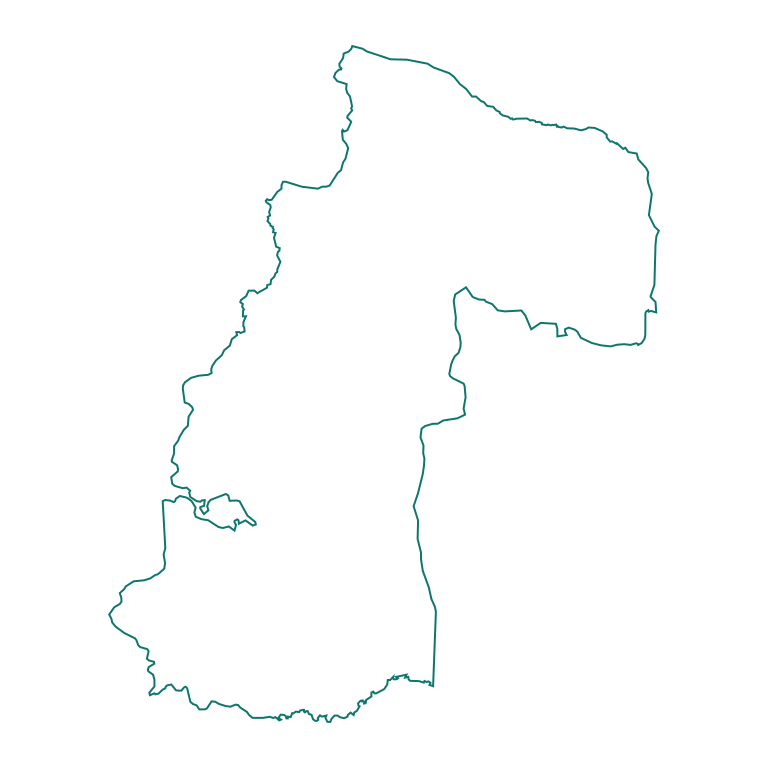 the district of Kaliua, Tabora, United Republic of Tanzania
{"feature_id": "72390352B29601163251764", "entity_name": "Kaliua", "entity_type": "district", "adm_level": 2, "iso_a3": "TZA", "parent_name": "United Republic of Tanzania", "parent_adm1": "Tabora", "projection": "albers", "projection_center": [31.783, -4.945], "detail": "fine", "context": "isolated", "style": "outline", "palette": "teal", "viewbox_px": 768, "rotation_deg": 0, "n_neighbors": 0, "source": "geoboundaries", "source_scale": "gbopen_adm2", "svg_char_len": 6086}
<svg xmlns="http://www.w3.org/2000/svg" viewBox="0 0 768 768"><path d="M268.6,200.1L267.2,199.2L265.8,200.7L266.4,202.3L270.3,205.0L270.7,207.4L269.1,212.2L270.1,215.5L267.7,216.9L268.4,218.4L267.5,221.1L270.3,224.1L270.4,225.6L272.9,226.9L272.5,227.8L273.7,229.4L273.0,232.2L275.6,233.0L274.0,237.8L276.2,246.7L279.7,248.1L279.4,250.7L278.0,251.8L277.1,255.4L280.4,261.8L277.3,269.4L277.3,271.9L275.5,273.4L274.3,276.7L271.1,279.8L270.5,284.2L267.2,285.1L267.0,287.7L257.3,293.2L254.4,290.6L248.6,290.7L246.2,296.1L240.8,300.2L240.3,302.2L242.9,304.1L242.1,306.6L244.0,309.5L243.1,310.4L242.9,316.3L246.0,316.3L243.5,321.9L243.3,326.1L244.2,327.3L244.6,331.4L240.5,333.0L239.1,332.0L236.3,332.2L237.1,335.1L231.8,339.2L229.8,345.7L224.2,350.2L221.8,355.2L215.9,360.5L212.4,365.7L211.2,369.4L211.6,373.0L208.3,374.8L198.7,375.7L191.2,377.8L185.0,382.2L183.1,385.4L182.8,388.6L184.7,402.5L188.6,403.9L192.2,407.2L193.0,409.8L188.6,416.7L187.8,425.9L183.8,429.8L179.4,437.2L178.2,440.6L174.1,446.2L174.1,453.5L171.7,460.4L171.9,461.8L177.0,465.2L178.0,468.8L177.8,471.4L171.2,477.1L172.2,483.7L174.7,485.9L182.7,488.2L186.6,487.6L190.2,490.8L189.2,492.5L190.3,497.0L196.8,501.2L200.3,501.7L202.0,500.4L204.7,500.1L204.1,505.8L200.3,507.1L200.2,508.4L203.9,514.1L208.4,510.3L207.2,506.2L208.5,502.4L210.6,499.9L225.8,494.0L228.3,495.5L229.6,500.8L236.8,500.5L239.6,501.3L247.5,515.7L255.3,522.0L255.8,524.5L252.7,525.6L245.5,520.4L238.9,523.7L238.5,520.3L237.4,519.4L234.6,520.8L234.5,522.2L236.0,525.0L234.5,530.6L228.9,526.5L222.7,528.0L218.5,527.0L208.1,520.2L201.5,519.2L195.7,516.7L194.4,512.5L195.6,507.6L191.6,501.1L186.9,497.7L179.8,496.0L176.0,498.6L175.0,501.3L173.7,502.1L170.0,500.6L165.2,500.0L162.7,501.2L165.3,548.1L163.6,554.8L165.1,563.0L164.2,568.7L158.0,574.2L155.1,575.1L150.3,578.4L144.1,580.3L133.7,581.3L125.6,586.5L124.3,589.0L119.8,593.1L121.3,597.6L121.5,601.5L119.9,603.9L114.2,607.3L109.2,614.5L111.5,619.0L112.2,622.5L115.8,626.8L124.1,632.9L134.9,638.3L136.3,640.0L138.2,645.1L140.2,647.1L147.2,649.1L148.6,651.2L146.9,658.8L149.1,660.5L154.0,661.8L154.3,663.7L148.8,667.0L147.8,669.6L148.4,671.4L153.1,674.7L154.4,679.5L154.5,686.4L149.3,692.7L149.9,695.2L154.4,693.3L155.3,694.3L158.6,693.6L162.5,689.7L165.4,688.2L165.7,686.6L167.2,685.4L171.3,684.5L176.1,690.4L181.3,690.7L183.7,687.8L185.2,686.7L186.1,687.1L187.2,688.3L190.3,701.7L192.9,704.0L196.6,705.4L199.4,709.4L205.2,709.3L207.0,708.3L211.6,701.3L215.3,701.8L218.9,703.9L225.5,706.0L230.4,706.7L235.6,704.6L238.2,705.1L240.3,707.6L246.9,711.9L249.1,715.0L252.5,717.9L262.7,717.9L269.8,716.8L273.2,718.0L275.4,717.1L279.2,720.4L281.0,719.6L278.4,717.8L280.7,714.7L284.0,714.9L285.7,716.0L286.4,718.4L287.8,718.4L288.0,716.6L290.7,717.0L292.2,713.1L293.2,713.5L295.8,711.6L299.2,712.1L300.0,710.6L303.1,709.8L304.0,709.9L303.9,711.6L305.0,712.4L306.1,711.2L307.7,711.1L308.9,714.0L311.5,714.8L313.1,719.3L315.0,720.7L316.8,720.9L318.2,719.9L317.8,718.1L320.0,715.3L321.8,716.6L326.3,715.6L325.4,717.6L327.3,721.8L330.3,721.9L331.4,719.1L334.4,715.6L337.7,715.6L339.9,717.2L344.2,718.2L347.5,716.6L347.9,714.9L350.6,712.6L353.6,715.0L354.2,712.6L356.9,710.8L359.6,706.3L358.5,705.7L358.1,703.3L360.5,700.8L362.4,700.5L362.2,701.4L364.4,701.5L364.1,703.5L365.6,703.3L366.2,699.9L371.4,696.5L371.4,692.6L373.3,691.6L374.4,693.4L376.4,693.3L384.2,689.1L387.2,684.6L387.8,680.0L390.2,680.0L393.1,677.0L392.8,678.4L394.2,679.4L396.9,679.1L397.9,678.4L396.1,676.9L406.5,674.7L405.1,677.6L408.3,676.9L408.6,679.3L410.0,680.8L418.9,681.1L423.8,682.6L424.5,681.0L426.6,682.0L428.5,681.4L430.5,683.0L429.5,684.9L433.1,686.2L435.9,611.6L434.9,606.8L431.4,599.0L428.8,587.4L422.8,570.9L421.0,559.1L421.0,552.6L417.6,538.8L418.1,520.5L413.6,506.2L417.9,493.6L422.6,474.8L424.0,465.7L424.4,458.5L423.2,453.2L423.5,445.6L420.5,437.4L421.6,428.6L425.2,426.0L432.7,423.8L437.9,423.7L443.2,420.5L457.5,418.3L465.1,414.6L463.6,408.6L465.6,397.3L464.6,386.0L463.6,383.6L452.8,378.3L450.1,376.1L449.3,374.0L451.2,364.2L452.8,360.1L454.7,356.4L458.6,352.8L460.4,347.1L460.7,342.6L459.5,335.0L456.3,329.0L455.4,324.4L455.9,317.8L453.7,301.0L455.2,294.5L466.0,287.3L472.7,297.0L478.8,299.5L484.4,299.8L486.2,301.8L492.2,304.1L497.7,310.3L504.7,311.4L521.4,310.5L525.4,315.6L531.2,329.3L540.7,322.9L555.9,323.8L557.3,328.8L557.4,336.4L566.6,335.0L565.0,331.6L565.1,329.2L568.8,327.6L574.9,329.7L577.4,331.7L580.8,337.8L591.6,342.9L600.8,345.3L610.7,346.4L617.2,344.7L624.4,344.2L630.4,344.9L636.1,343.3L637.8,343.9L638.2,345.0L641.7,343.0L644.5,338.8L645.3,334.8L645.4,313.4L646.2,311.5L648.3,310.2L648.7,311.6L651.1,311.0L656.2,312.4L655.5,302.0L650.8,297.2L650.6,296.1L654.4,284.9L655.5,244.8L656.4,236.3L658.8,230.7L654.6,226.7L648.9,215.1L651.8,194.0L648.1,182.6L647.5,178.1L648.3,172.3L646.2,168.2L638.3,159.4L636.7,153.5L628.4,152.1L625.3,147.7L623.1,148.9L616.9,143.2L616.4,143.8L612.3,141.4L610.2,141.6L606.7,137.4L606.7,134.8L602.7,131.4L594.6,127.9L588.4,127.5L586.1,129.0L581.0,130.3L574.0,128.5L567.2,128.3L563.6,126.6L561.5,127.5L558.1,126.9L557.7,126.0L556.8,126.5L556.2,124.6L550.3,125.3L547.9,124.5L546.8,125.2L542.0,124.4L541.9,123.1L539.3,121.8L535.8,122.1L535.1,120.8L532.3,120.1L530.4,120.5L527.1,118.5L516.6,118.7L514.0,119.4L512.7,119.4L512.1,118.4L510.6,118.8L508.3,116.8L502.7,115.4L499.8,113.2L499.6,111.9L496.3,110.4L493.2,106.8L487.3,106.0L483.6,101.9L481.2,101.2L475.9,96.5L472.1,96.6L466.1,88.9L459.9,84.1L453.9,76.7L449.1,73.1L433.8,67.6L427.6,63.7L407.0,59.7L390.6,59.3L366.8,51.4L362.5,48.7L352.3,46.1L351.4,48.7L348.8,51.5L343.7,53.6L343.1,58.0L339.3,63.9L339.6,66.6L341.4,68.4L341.2,69.4L339.0,69.7L335.5,72.9L334.0,77.0L337.3,81.2L346.7,84.1L346.1,88.6L347.1,92.6L350.0,96.5L352.1,106.5L351.1,108.3L352.2,110.4L347.5,116.0L347.2,117.7L351.1,121.6L350.9,122.6L347.4,130.2L344.0,131.6L342.7,129.9L342.0,131.1L342.8,139.7L346.2,143.8L348.2,148.1L345.4,159.0L343.1,162.3L341.0,170.2L337.8,172.8L329.7,185.5L326.2,186.7L322.1,186.7L317.9,188.7L301.8,186.7L285.5,181.7L283.0,181.8L281.5,185.2L281.5,188.6L277.2,192.0L271.7,199.8L268.6,200.1Z" fill="none" stroke="#0f766e" stroke-width="2"/></svg>